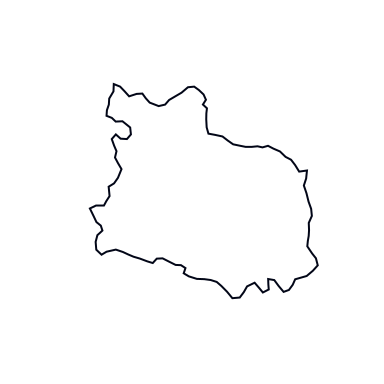 the district of Pedro Teixeira, Minas Gerais, Brazil, rotated 152°
{"feature_id": "56859067B10372811020513", "entity_name": "Pedro Teixeira", "entity_type": "district", "adm_level": 2, "iso_a3": "BRA", "parent_name": "Brazil", "parent_adm1": "Minas Gerais", "projection": "albers", "projection_center": [-43.727, -21.732], "detail": "fine", "context": "isolated", "style": "outline", "palette": "ink", "viewbox_px": 384, "rotation_deg": 152, "n_neighbors": 0, "source": "geoboundaries", "source_scale": "gbopen_adm2", "svg_char_len": 1709}
<svg xmlns="http://www.w3.org/2000/svg" viewBox="0 0 384 384"><g transform="rotate(152 192 192)"><path d="M80.4,157.0L87.8,159.7L88.3,167.4L89.4,174.0L92.9,179.1L95.3,186.5L99.7,192.0L103.2,197.1L108.8,198.3L112.7,201.6L118.3,203.9L123.5,206.7L127.9,210.3L133.3,214.8L136.3,220.7L139.0,226.7L144.8,231.6L150.1,235.8L148.7,242.2L145.3,249.5L142.4,254.7L139.5,258.9L141.3,264.1L136.4,266.9L136.0,272.7L138.1,278.9L140.6,284.0L146.4,286.4L154.6,284.6L162.0,284.3L169.0,284.0L174.7,281.8L181.1,283.5L187.4,290.8L188.8,296.4L189.6,302.2L194.8,304.6L202.6,306.0L204.3,312.8L206.0,318.8L210.4,324.0L214.1,317.7L221.2,313.4L224.4,308.2L228.7,304.2L231.7,299.4L228.0,295.1L226.3,290.0L220.2,287.1L216.3,278.0L218.9,271.5L224.6,269.3L230.0,272.6L232.2,278.6L238.0,276.4L239.0,269.5L239.5,263.5L243.8,258.6L243.8,252.4L243.5,245.3L250.7,239.3L256.8,236.2L263.1,235.8L266.7,227.1L271.9,224.2L276.1,221.4L283.1,225.1L289.9,225.4L290.2,216.8L290.5,210.3L288.3,205.1L289.2,200.0L295.8,198.3L300.5,193.2L303.6,186.0L301.3,179.1L295.5,179.4L286.3,176.9L281.2,171.5L277.5,166.6L274.0,162.3L269.3,157.7L264.0,151.7L260.0,147.7L254.4,149.7L249.1,147.2L244.9,141.2L240.7,135.3L236.1,132.6L233.5,127.9L237.5,124.1L234.4,119.0L228.5,113.0L222.1,109.3L216.8,105.5L212.4,101.0L210.2,95.3L207.9,87.6L206.2,79.3L199.4,76.4L193.2,79.3L187.7,82.8L179.3,82.5L177.8,75.9L176.6,70.0L170.0,69.9L168.0,74.5L165.6,79.4L160.7,75.6L159.6,68.2L158.0,60.8L152.4,60.0L146.6,62.8L141.9,66.5L136.3,65.3L130.2,64.0L122.3,65.7L115.4,68.2L113.7,75.3L114.8,81.4L115.7,89.9L112.7,94.4L109.6,98.4L106.6,103.3L103.4,109.9L97.4,114.6L94.7,121.2L93.6,128.8L91.5,137.2L90.2,145.2L84.9,150.3L80.4,157.0Z" fill="none" stroke="#020617" stroke-width="2"/></g></svg>